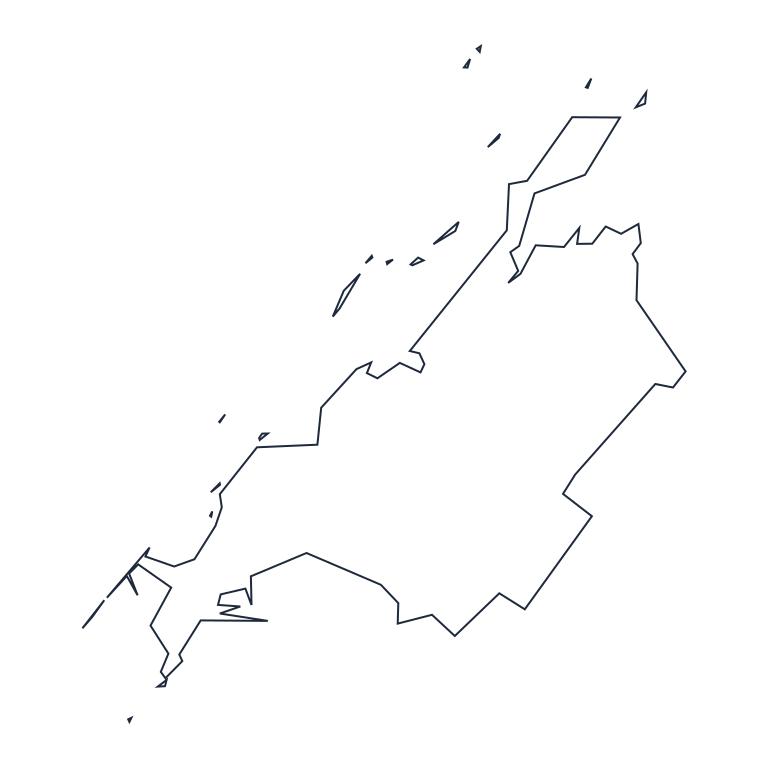 Akraneskaupstaður, Vesturland, Iceland
{"feature_id": "244011B30892314657027", "entity_name": "Akraneskaupstaður", "entity_type": "district", "adm_level": 2, "iso_a3": "ISL", "parent_name": "Iceland", "parent_adm1": "Vesturland", "projection": "mercator", "projection_center": [-22.054, 64.332], "detail": "medium", "context": "isolated", "style": "outline", "palette": "slate", "viewbox_px": 768, "rotation_deg": 0, "n_neighbors": 0, "source": "geoboundaries", "source_scale": "gbopen_adm2", "svg_char_len": 1928}
<svg xmlns="http://www.w3.org/2000/svg" viewBox="0 0 768 768"><path d="M605.7,226.5L592.3,243.7L577.1,243.9L579.3,227.9L564.0,247.0L535.7,245.3L520.5,273.8L508.2,282.9L518.2,270.9L510.3,252.2L519.2,245.9L534.5,193.4L585.0,174.8L620.0,117.5L572.2,117.2L527.1,180.8L509.0,184.1L506.8,230.3L409.8,351.0L419.4,353.3L424.4,364.2L420.5,372.4L399.8,362.9L377.4,378.3L366.9,373.1L371.2,362.4L356.5,369.1L321.2,407.7L317.4,444.7L257.0,447.3L219.8,494.2L221.8,507.3L215.4,526.0L194.5,559.2L174.2,566.5L145.4,556.5L149.6,547.5L106.9,597.7L126.8,576.0L137.6,595.3L129.1,573.5L138.2,564.4L171.2,587.6L150.5,625.6L168.4,653.6L160.8,671.9L165.4,678.2L182.3,661.1L179.3,654.5L200.7,620.4L267.8,620.9L219.8,613.5L240.3,606.5L218.0,604.9L220.7,594.4L245.4,588.6L251.5,605.0L250.9,576.3L306.5,553.0L380.9,584.8L398.3,603.1L397.7,623.6L432.0,614.8L454.8,636.0L499.3,593.3L524.8,609.3L591.9,516.2L563.0,493.9L575.2,474.5L655.3,384.0L673.0,387.5L685.6,371.4L636.5,300.2L637.6,263.5L632.6,254.1L640.8,243.1L638.4,224.0L621.1,233.8L605.7,226.5ZM332.8,316.6L339.7,308.3L360.1,273.8L343.8,290.7L332.8,316.6ZM433.4,244.2L455.3,231.0L458.7,221.9L433.4,244.2ZM82.4,628.3L92.4,616.7L104.3,600.2L82.4,628.3ZM487.8,147.1L498.7,137.9L500.1,133.8L487.8,147.1ZM635.8,107.3L645.1,103.6L646.2,92.3L635.8,107.3ZM423.6,260.4L418.1,257.6L410.6,264.4L412.4,265.3L423.6,260.4ZM165.0,686.2L166.6,679.9L157.8,686.6L165.0,686.2ZM210.8,492.2L220.0,484.8L219.7,483.3L210.8,492.2ZM467.5,67.6L470.1,59.0L464.0,67.4L467.5,67.6ZM587.7,87.9L591.3,78.5L585.9,87.3L587.7,87.9ZM267.8,433.5L262.2,433.6L259.1,438.0L259.7,440.0L267.8,433.5ZM365.5,263.2L372.4,257.5L371.7,255.8L365.5,263.2ZM219.8,422.3L225.2,414.4L219.2,421.8L219.8,422.3ZM479.7,51.9L480.8,46.1L476.8,48.8L479.7,51.9ZM387.2,264.1L393.0,259.6L386.6,261.8L387.2,264.1ZM211.2,516.7L212.3,511.4L210.0,515.8L211.2,516.7ZM129.4,721.9L131.4,717.8L128.2,719.3L129.4,721.9Z" fill="none" stroke="#1e293b" stroke-width="2"/></svg>